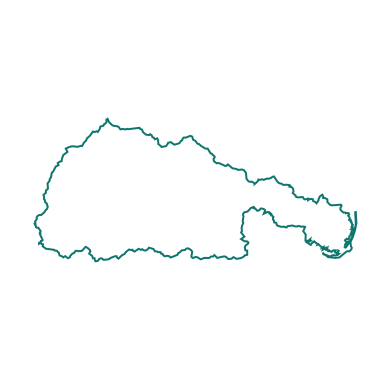 outline of El Collao, Puno, Peru, rotated 83°
{"feature_id": "86281439B70453073553936", "entity_name": "El Collao", "entity_type": "district", "adm_level": 2, "iso_a3": "PER", "parent_name": "Peru", "parent_adm1": "Puno", "projection": "albers", "projection_center": [-69.665, -16.626], "detail": "fine", "context": "isolated", "style": "outline", "palette": "teal", "viewbox_px": 384, "rotation_deg": 83, "n_neighbors": 0, "source": "geoboundaries", "source_scale": "gbopen_adm2", "svg_char_len": 5982}
<svg xmlns="http://www.w3.org/2000/svg" viewBox="0 0 384 384"><g transform="rotate(83 192 192)"><path d="M126.0,289.8L128.0,290.8L129.8,293.2L133.0,295.5L132.6,296.5L133.2,300.0L132.0,305.3L132.3,308.2L133.5,312.0L137.0,310.7L139.6,315.2L143.0,317.0L145.6,317.7L145.6,319.1L147.0,321.8L149.1,321.2L150.1,324.1L155.0,327.5L155.8,328.8L160.3,330.2L161.7,331.6L163.4,331.9L165.9,334.3L171.2,334.6L172.7,336.8L175.0,337.2L176.9,339.8L179.2,339.4L181.0,339.8L182.2,339.0L183.9,339.1L186.2,337.3L187.8,337.4L188.8,336.9L191.1,337.9L192.5,339.8L194.3,341.2L196.4,344.4L196.2,346.4L197.2,348.5L198.6,349.4L199.8,349.3L202.3,351.4L203.9,351.2L204.2,352.1L205.7,351.7L205.8,351.2L207.9,351.1L208.7,349.9L208.7,348.9L212.4,347.0L213.8,348.0L214.5,347.4L215.2,348.1L221.5,346.1L222.5,347.4L222.3,348.0L223.4,348.5L223.7,349.9L224.7,350.1L224.0,348.6L225.4,347.5L225.8,346.2L227.7,346.8L230.5,343.9L232.6,335.8L233.3,335.5L233.9,333.2L235.3,332.5L235.9,331.6L238.8,331.2L239.9,329.0L241.2,327.8L240.2,325.7L242.6,323.2L241.9,321.2L240.8,320.8L238.5,318.1L238.2,316.5L236.5,315.1L236.2,313.8L237.0,311.6L237.0,308.4L233.5,304.3L234.6,302.6L237.3,300.3L238.4,300.1L240.7,301.6L243.3,298.8L245.7,298.4L245.8,296.9L248.4,296.6L249.1,296.0L248.8,293.6L247.3,292.5L246.7,290.9L247.1,289.4L248.5,288.1L248.7,284.7L248.4,282.1L247.6,281.2L246.4,276.5L246.5,274.7L247.9,274.4L249.2,273.1L246.2,269.1L245.4,266.7L243.7,265.1L241.4,261.5L242.2,259.6L242.0,258.1L243.1,257.8L244.1,256.3L241.9,251.9L243.2,249.8L242.7,248.3L243.7,247.5L244.5,245.4L243.5,242.9L242.0,241.5L243.9,237.2L246.3,236.1L246.7,234.2L247.5,233.1L247.9,230.5L249.2,230.4L250.0,228.6L250.9,228.5L252.5,227.0L252.3,224.6L253.0,222.3L254.2,221.6L254.4,220.9L252.6,214.1L251.0,213.2L250.7,212.0L248.7,209.3L248.7,206.0L247.5,204.6L247.4,202.8L249.2,200.3L251.2,199.0L255.5,200.4L256.7,200.3L257.7,199.1L256.9,196.5L257.4,194.7L259.9,191.5L258.9,187.7L259.6,183.1L258.4,181.0L258.6,179.0L257.3,177.5L260.5,175.0L259.8,168.2L260.3,166.4L263.0,164.1L263.0,160.8L261.7,158.8L263.8,155.8L263.6,152.0L262.8,149.1L261.2,147.0L261.3,145.2L260.9,144.8L256.9,144.4L256.4,146.1L253.3,146.3L252.0,145.7L249.9,142.5L248.9,142.2L247.8,143.1L247.3,145.8L244.7,149.0L242.7,145.4L238.1,148.2L236.8,147.2L233.5,147.1L231.6,146.4L228.8,144.8L227.3,145.3L222.5,143.9L220.3,144.1L218.6,142.7L218.2,139.3L215.0,135.4L214.3,132.7L215.1,132.0L215.6,132.6L216.6,130.9L218.6,129.5L218.5,128.0L216.7,125.5L217.6,122.9L219.1,121.6L222.3,123.4L221.0,119.4L221.6,117.6L223.0,116.4L223.2,117.1L223.7,116.3L224.0,116.7L225.0,116.2L225.2,115.3L226.8,114.2L227.5,114.8L229.3,114.9L230.2,114.2L232.1,114.2L233.0,112.1L235.3,111.8L236.1,110.7L237.4,107.8L237.7,104.4L238.3,103.9L238.7,102.5L237.5,101.1L237.5,96.4L238.6,94.2L239.0,91.8L238.7,89.9L239.7,88.2L239.9,85.2L240.5,84.0L244.4,86.4L248.1,84.3L254.0,85.3L254.7,82.7L253.4,80.7L254.4,81.2L254.7,80.1L255.1,80.7L254.6,81.2L255.7,82.1L256.0,84.1L259.0,80.6L256.5,78.5L256.7,77.5L255.9,76.7L257.9,75.0L258.8,73.4L259.6,73.9L259.1,72.0L259.6,72.7L262.7,69.9L263.2,70.1L262.7,68.8L264.2,69.2L263.5,68.5L264.2,68.5L263.4,67.9L264.0,67.9L263.9,67.4L264.7,68.3L264.9,67.4L263.9,65.8L264.6,66.3L265.1,66.0L264.4,64.9L265.5,65.5L265.4,64.8L266.0,65.0L267.3,64.0L267.4,63.5L266.6,63.6L266.5,63.1L268.5,60.9L267.1,58.8L267.4,56.8L267.9,57.6L269.4,57.3L269.5,56.6L271.2,55.3L268.9,54.7L267.5,53.2L271.6,55.2L271.6,54.1L272.2,55.0L272.5,57.6L271.9,58.9L272.1,61.2L272.9,61.5L272.4,63.8L269.7,68.7L268.0,69.6L269.8,69.2L270.9,67.1L273.2,64.9L274.9,57.6L274.9,53.6L270.1,46.2L269.7,44.8L270.1,43.1L268.3,40.8L266.8,40.2L265.1,40.9L260.9,40.8L256.3,37.9L250.1,35.0L242.8,32.6L231.9,31.9L232.0,32.5L244.0,33.3L250.9,35.8L252.9,37.6L254.0,37.2L255.6,38.2L259.3,40.8L259.7,41.7L261.9,42.6L265.6,45.8L265.9,46.6L265.3,47.1L264.9,46.2L262.7,46.6L261.7,44.4L262.0,43.3L260.5,43.4L260.0,45.4L258.5,46.1L257.2,44.1L257.9,43.2L257.6,42.2L255.2,41.2L254.2,39.8L253.3,39.7L253.7,38.9L253.0,38.1L252.5,39.1L250.2,38.3L249.8,37.1L248.7,36.6L248.3,37.8L247.9,36.5L247.5,36.9L247.7,37.8L246.8,37.9L246.5,37.1L245.8,37.5L245.6,36.9L244.8,37.1L244.1,36.4L243.4,36.8L243.6,37.1L241.3,37.3L241.4,37.8L240.6,38.2L240.3,37.8L238.9,37.9L238.8,39.4L237.3,38.7L236.1,38.8L234.6,39.9L233.6,38.8L232.5,39.3L232.0,38.3L232.2,39.3L231.6,40.7L232.0,41.7L231.0,42.5L230.9,44.1L229.4,45.6L227.7,46.8L226.0,46.7L223.8,45.2L222.7,45.7L222.3,55.0L221.5,56.6L218.4,58.9L216.3,58.5L215.5,58.8L214.0,61.2L214.0,62.5L211.9,62.4L210.6,63.0L211.9,65.5L214.2,67.1L215.6,67.4L218.4,69.8L216.9,70.9L215.8,72.8L213.8,73.0L213.2,75.7L214.3,77.8L212.7,77.8L213.2,80.6L212.4,81.8L210.5,82.7L210.3,87.3L209.8,88.8L209.0,89.7L208.0,89.6L205.4,92.1L204.1,91.3L201.2,91.2L199.5,92.3L198.6,94.4L198.1,93.6L197.4,93.8L196.5,96.1L196.0,100.8L194.8,101.9L193.9,104.4L192.4,105.9L186.6,108.7L186.6,109.9L187.7,112.0L188.2,114.4L187.8,116.0L188.7,119.2L188.0,120.6L188.2,123.3L187.7,124.6L189.5,125.6L191.8,128.9L191.1,128.8L189.0,131.3L189.1,132.7L188.4,134.5L185.7,136.3L179.6,136.1L176.6,137.9L175.8,139.4L175.7,143.6L174.4,145.4L173.5,148.8L169.0,153.1L170.0,154.3L170.3,155.6L166.6,161.7L166.5,164.0L164.1,166.5L161.9,166.6L160.5,165.3L159.3,165.3L157.8,166.9L156.5,167.5L155.9,168.9L150.9,171.1L150.5,173.5L147.2,177.6L145.3,179.1L144.7,180.7L141.7,182.4L140.1,184.6L137.1,185.0L136.6,185.7L136.1,187.1L137.3,191.6L136.9,193.3L137.9,194.8L139.5,195.5L140.1,197.0L141.4,197.8L142.2,199.3L142.9,203.8L139.9,207.0L140.3,209.8L141.5,210.4L143.3,212.2L143.6,216.8L142.6,217.3L140.3,219.6L136.6,219.3L134.5,220.0L135.2,222.4L133.4,223.3L132.8,224.6L131.0,225.0L129.5,226.5L130.3,227.6L129.4,230.8L126.7,233.3L123.9,234.1L123.1,235.8L121.9,236.3L121.9,247.8L121.4,248.7L121.8,250.6L121.0,252.8L121.1,255.4L118.5,256.9L117.6,258.4L116.7,261.9L115.7,263.3L112.4,265.9L109.1,266.9L109.7,268.1L112.2,268.4L113.6,269.8L114.1,271.2L115.4,271.8L115.9,275.0L118.4,276.0L120.9,278.1L120.1,279.3L120.7,281.2L119.9,282.9L124.0,286.8L126.0,289.8Z" fill="none" stroke="#0f766e" stroke-width="2"/></g></svg>